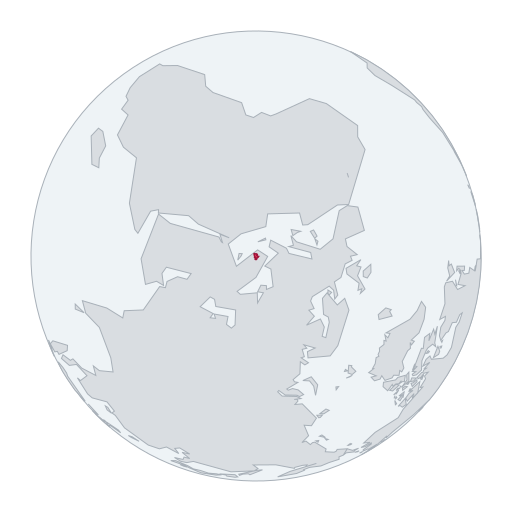 the Earth from above Denizli, rotated 144°
{"feature_id": "TUR-2274", "entity_name": "Denizli", "entity_type": "Province", "adm_level": 1, "iso_a3": "TUR", "parent_name": "Turkey", "parent_adm1": "", "projection": "orthographic", "projection_center": [29.199, 37.681], "detail": "fine", "context": "on_globe", "style": "filled", "palette": "rose", "viewbox_px": 512, "rotation_deg": 144, "n_neighbors": 0, "source": "natural_earth", "source_scale": "10m", "svg_char_len": 11408}
<svg xmlns="http://www.w3.org/2000/svg" viewBox="0 0 512 512"><g transform="rotate(144 256 256)"><circle cx="256" cy="256" r="225" fill="#eef3f6" stroke="#a8b0b8"/><path d="M186.4,41.7L186.7,41.6L194.9,39.2L199.6,37.9L221.8,35.0L249.0,33.4L257.8,32.3L255.7,33.5L272.7,31.9L287.7,33.2L270.6,32.2L268.6,32.6L278.7,33.5L278.9,34.2L283.9,35.2L283.2,36.2L273.2,36.1L272.6,36.9L279.8,37.6L283.6,39.4L273.2,38.2L278.8,41.4L263.3,43.3L236.0,41.6L227.0,45.5L198.1,52.0L200.5,53.1L191.0,57.0L190.2,59.8L185.0,60.8L188.8,62.4L193.7,61.0L196.9,61.4L196.9,63.1L190.4,64.4L189.4,63.7L187.5,65.1L184.2,65.1L185.8,66.1L177.9,67.8L185.6,68.8L179.2,72.4L174.0,72.9L174.8,69.3L164.6,63.3L159.5,63.7L151.6,67.2L136.2,80.9L130.5,83.1L122.6,88.8L125.6,88.8L132.8,84.6L136.4,86.7L144.8,81.8L147.5,82.1L156.1,79.1L154.5,83.6L148.3,89.8L141.1,92.8L138.2,95.8L144.7,96.6L131.2,106.3L121.8,120.3L118.3,122.8L111.9,120.1L112.6,110.4L104.3,109.1L109.3,114.3L100.5,121.1L98.9,124.3L99.2,126.8L102.4,126.1L99.3,129.6L93.2,125.2L95.9,121.9L97.8,123.2L98.1,118.9L93.9,117.0L89.8,121.1L87.9,115.6L84.9,118.7L82.8,119.5L87.7,114.8L78.9,123.5L76.0,121.8L64.0,138.3L76.2,120.6L80.8,114.5L82.5,112.3L93.1,100.4L104.4,89.3L116.6,79.0L129.4,69.6L142.9,61.2L156.9,53.7L171.5,47.2L186.4,41.7ZM38.4,197.6L38.6,197.0L36.4,205.9L34.7,220.3L34.2,221.4L32.4,246.2L34.4,265.6L34.8,276.5L34.2,279.5L35.8,285.8L35.9,289.0L45.7,313.8L53.7,332.1L55.5,342.8L52.7,346.8L59.5,366.0L58.8,364.9L51.0,349.5L44.5,333.5L39.2,317.1L35.1,300.3L32.4,283.2L30.9,266.0L30.8,248.7L32.1,231.5L34.6,214.4L38.4,197.6ZM59.3,146.1L50.4,164.3L52.7,158.9L53.3,157.6L56.0,152.4L59.3,146.1ZM63.4,140.2L64.9,137.3L63.8,139.5L63.4,140.2ZM197.4,38.5L201.6,37.4L195.1,39.1L190.5,40.4L197.4,38.5ZM215.9,34.6L212.9,35.3L209.6,35.6L212.4,35.1L215.9,34.6ZM264.2,31.8L258.8,31.7L264.0,31.6L264.2,31.8ZM284.7,35.2L286.1,35.1L288.1,35.7L284.7,35.2ZM156.4,76.9L156.2,78.0L154.7,78.0L156.4,76.9ZM160.3,74.7L158.6,74.0L160.2,72.8L161.2,73.3L160.3,74.7ZM288.9,37.9L291.6,39.2L287.1,37.8L288.9,37.9ZM161.9,76.0L163.3,71.0L166.1,69.1L172.2,69.5L161.9,76.0ZM292.0,40.0L298.7,43.7L302.5,43.6L295.5,46.4L292.1,42.0L286.0,40.2L290.7,40.7L292.0,40.0ZM195.2,59.9L190.1,61.4L194.4,58.6L195.2,59.9ZM197.2,58.1L205.8,50.1L213.4,49.1L209.0,51.8L218.9,49.7L218.3,53.1L212.8,55.0L208.0,54.9L211.5,56.4L197.2,58.1ZM290.5,47.7L290.6,48.8L288.6,47.7L290.5,47.7ZM198.6,61.3L199.7,59.6L206.3,58.6L205.4,61.9L203.5,61.1L198.6,61.3ZM221.7,47.6L226.5,47.7L227.4,50.4L229.4,50.8L219.0,53.1L221.7,47.6ZM202.0,62.2L204.8,63.6L201.6,65.8L198.0,63.0L202.0,62.2ZM208.4,57.1L211.6,56.8L209.5,58.0L208.4,57.1ZM191.9,74.8L193.0,72.4L196.6,71.6L191.9,74.8ZM206.0,64.0L207.1,63.3L208.6,62.8L209.7,64.2L206.0,64.0ZM220.3,55.0L219.7,56.2L224.6,54.2L225.5,56.4L218.4,57.6L221.8,58.0L222.1,58.8L216.0,59.0L220.3,55.0ZM215.5,64.2L206.7,67.0L203.9,71.4L200.6,72.2L205.8,65.0L215.5,64.2ZM216.3,61.1L215.1,63.1L211.6,62.8L210.4,61.3L216.3,61.1ZM228.6,57.6L229.1,53.8L230.7,53.7L228.6,57.6ZM215.3,65.5L217.4,64.8L215.5,65.8L215.3,65.5ZM225.3,60.0L225.3,58.6L227.0,58.5L225.3,60.0ZM221.7,64.8L218.8,65.6L217.9,64.5L221.7,64.8ZM223.9,62.6L226.3,62.8L219.3,63.6L223.6,62.0L223.9,62.6ZM226.9,60.1L228.0,59.6L226.7,60.7L226.9,60.1ZM226.8,68.8L218.2,70.0L216.2,67.4L224.8,66.5L226.8,68.8ZM109.5,338.0L97.1,301.8L103.7,292.6L105.2,278.0L150.8,243.2L160.1,249.4L195.7,250.9L200.0,253.6L195.5,265.2L221.8,283.2L230.8,274.0L255.0,282.7L271.4,282.0L277.9,259.2L251.1,260.0L246.8,248.8L268.6,238.7L292.1,238.5L291.2,234.2L276.6,225.5L282.3,217.1L271.6,221.9L275.7,226.1L269.2,229.5L265.0,225.9L267.2,222.8L260.2,221.1L251.6,236.7L254.8,242.7L236.3,245.2L240.0,255.7L234.8,260.2L226.8,244.4L227.8,238.7L212.5,220.7L209.7,226.7L224.0,244.4L219.4,242.7L215.8,252.0L214.9,243.7L200.1,223.7L183.6,224.6L162.0,243.8L152.5,243.1L144.8,235.7L153.3,213.0L173.6,217.3L176.8,210.2L173.3,197.6L179.7,200.3L180.8,196.0L188.5,197.2L199.9,188.7L207.8,189.0L212.8,176.3L217.6,174.9L213.3,182.7L214.5,188.6L234.3,190.0L238.3,187.5L239.9,179.3L245.1,181.1L244.2,173.0L255.8,170.3L240.9,167.2L242.5,158.4L249.7,152.1L247.5,148.9L235.7,159.3L233.4,164.1L235.7,169.0L227.1,182.7L220.2,184.4L219.0,168.6L209.1,169.6L212.6,157.6L242.5,135.4L254.7,131.6L273.8,143.0L270.6,148.4L262.2,146.8L269.5,156.1L269.1,151.5L273.5,153.3L276.1,146.1L279.3,147.1L276.3,138.8L280.5,139.2L282.3,144.4L289.7,134.9L298.6,134.2L298.8,131.6L296.4,129.1L309.3,130.3L308.8,128.5L304.4,127.3L300.6,122.9L298.9,115.9L303.4,116.7L304.7,119.3L314.1,126.4L316.6,133.8L318.3,133.4L317.2,127.3L305.7,118.5L303.4,114.2L309.4,117.5L307.0,115.9L307.3,114.0L311.8,113.0L305.5,109.2L302.4,89.3L310.9,86.1L316.5,90.8L319.1,79.7L328.5,78.1L324.4,76.9L322.9,71.5L320.0,71.8L317.9,70.9L312.7,58.7L315.0,56.9L308.2,51.4L306.1,50.9L304.0,51.8L295.5,46.4L302.5,43.6L306.9,44.7L308.3,42.7L318.1,45.9L326.9,48.0L336.9,53.5L343.0,55.1L342.8,54.2L351.0,56.2L368.3,64.6L355.0,61.7L329.1,52.7L339.7,56.4L337.5,57.0L341.4,59.3L348.9,62.2L349.7,61.6L362.7,75.4L381.1,88.6L379.3,82.9L383.7,83.2L403.1,96.1L427.4,126.6L433.5,129.6L437.6,134.2L440.4,140.9L434.6,134.3L432.4,135.6L428.7,131.1L431.2,140.6L426.0,134.7L430.5,145.5L434.8,148.1L434.6,141.6L440.7,154.1L447.5,156.8L454.3,166.4L463.4,194.3L463.5,209.7L464.8,213.7L461.7,213.7L462.3,225.6L471.9,237.5L473.3,243.4L472.1,262.4L471.2,258.4L463.1,258.5L465.0,273.8L471.3,277.2L473.6,287.5L470.2,289.5L467.5,280.7L464.6,280.4L462.9,267.8L455.8,253.5L452.2,262.7L450.1,255.3L439.8,246.2L433.3,259.0L424.7,290.3L427.4,309.8L422.7,321.9L407.3,301.6L400.2,284.2L394.8,289.2L378.9,278.6L351.9,287.9L347.9,283.6L342.9,287.7L331.6,285.3L325.5,277.7L318.8,279.9L335.1,299.6L342.3,297.2L348.1,286.5L351.3,294.0L362.1,298.0L350.6,321.3L310.2,347.2L306.2,332.8L274.8,293.1L275.7,288.0L275.6,287.5L275.2,286.5L272.4,294.8L267.0,286.5L283.9,315.7L286.8,328.2L309.7,348.2L307.6,350.8L314.9,354.2L338.2,343.8L338.4,348.7L327.4,373.1L295.0,405.7L299.3,422.0L296.9,435.4L276.6,445.3L278.4,453.8L267.9,457.2L267.3,461.6L258.9,466.1L244.9,469.6L221.0,468.0L219.5,464.7L207.5,456.2L190.9,432.9L196.9,422.9L194.7,413.5L177.5,388.5L181.3,376.1L176.6,369.5L167.1,368.9L161.8,360.7L156.1,359.1L120.3,351.9L109.5,338.0ZM134.9,265.2L133.5,269.5L134.9,265.2ZM317.1,249.8L331.0,247.8L324.5,234.6L329.4,233.0L325.4,229.3L324.0,233.7L314.2,223.5L320.1,218.0L318.3,212.1L313.5,212.5L304.2,224.3L318.2,238.8L315.0,245.3L317.1,249.8ZM34.7,220.6L34.2,224.4L34.2,222.0L34.7,220.6ZM43.7,185.0L42.8,189.3L43.0,186.5L43.7,185.0ZM49.1,167.5L44.3,182.0L44.9,177.9L48.2,169.0L46.9,172.8L49.1,167.5ZM60.7,144.0L59.4,146.4L58.7,147.5L60.7,144.0ZM62.5,141.8L62.8,141.3L64.1,139.1L62.5,141.8ZM100.9,121.4L101.3,121.8L100.8,124.8L99.5,124.4L100.9,121.4ZM107.9,133.6L102.8,139.1L105.5,134.6L102.7,134.7L105.0,125.9L116.7,123.6L111.0,126.0L107.9,133.6ZM111.3,114.3L108.5,119.6L111.1,113.9L111.3,114.3ZM178.9,172.8L181.3,176.3L178.1,180.8L168.0,181.8L172.6,175.2L178.9,172.8ZM185.5,180.3L187.2,165.2L193.5,164.4L189.7,167.3L193.7,168.3L188.6,173.4L193.0,188.0L190.4,193.1L173.3,191.4L180.3,188.9L177.5,185.4L185.5,180.3ZM180.4,132.7L181.2,127.4L193.8,132.3L191.6,136.7L181.5,137.7L178.1,133.1L180.4,132.7ZM172.3,78.2L171.8,76.8L173.6,76.3L175.5,77.1L172.3,78.2ZM192.1,73.8L176.4,84.1L175.0,82.9L167.5,91.1L160.9,91.2L166.0,85.8L155.3,92.4L157.3,87.6L150.5,92.6L162.5,80.6L163.9,76.9L164.9,80.8L170.9,80.6L173.9,79.5L183.4,73.7L189.2,66.4L196.1,65.6L199.4,66.9L199.1,68.5L194.7,68.5L197.4,70.7L190.8,71.9L192.1,73.8ZM234.1,90.3L229.2,88.4L233.4,95.4L226.9,95.7L227.8,96.5L222.9,98.8L218.5,103.2L215.6,102.6L215.1,104.6L211.9,106.4L210.3,109.0L204.5,109.2L202.1,112.5L200.7,110.7L198.1,116.5L197.4,112.3L193.1,114.6L196.0,117.4L168.6,114.3L157.7,117.1L148.8,122.0L148.9,114.8L157.2,106.0L169.3,98.0L179.8,96.7L178.0,94.0L182.5,92.7L182.1,95.4L185.4,90.5L189.0,90.2L199.7,84.7L202.2,78.5L206.2,76.6L207.0,78.9L210.4,75.4L214.7,78.6L217.6,77.4L224.8,79.6L224.6,85.2L228.0,83.5L233.5,85.4L234.1,90.3ZM228.7,69.6L230.0,75.6L227.1,78.9L215.9,73.7L212.6,74.4L205.3,71.7L209.8,67.2L211.4,68.3L214.1,68.4L211.7,69.7L215.6,68.7L218.0,70.3L221.8,70.0L221.2,72.0L228.7,69.6ZM205.3,249.7L208.7,250.7L214.2,250.8L212.0,256.8L205.3,249.7ZM194.9,236.2L198.1,235.9L197.6,244.0L194.1,243.2L194.9,236.2ZM200.2,229.1L198.3,235.3L197.2,231.5L200.2,229.1ZM216.2,182.1L219.6,181.5L219.8,183.4L217.8,186.2L216.2,182.1ZM245.2,113.1L242.9,111.0L244.0,110.1L243.0,104.0L247.8,103.6L250.3,107.2L245.2,113.1ZM273.2,263.4L268.2,268.0L265.8,266.0L268.0,264.8L273.2,263.4ZM238.5,263.3L246.2,266.4L237.8,264.9L238.5,263.3ZM250.3,111.7L249.3,109.2L252.3,110.6L250.3,111.7ZM251.2,103.1L254.8,104.2L248.2,102.9L251.2,103.1ZM334.9,426.6L318.8,450.0L308.3,452.0L306.7,446.8L312.9,433.4L325.2,427.3L331.3,419.8L334.9,426.6ZM477.6,296.4L475.2,305.9L473.2,310.0L474.2,305.5L477.4,296.2L478.2,293.1L477.6,296.4ZM474.0,305.9L470.2,306.8L461.0,294.5L464.4,290.4L473.2,292.2L472.8,295.6L475.1,296.7L474.0,305.9ZM480.4,275.9L479.1,283.9L478.2,286.6L477.7,279.2L478.0,272.6L479.0,269.5L479.5,239.4L480.3,239.2L480.8,250.5L481.3,253.7L481.0,267.0L480.4,275.5L480.4,275.9ZM428.4,311.1L433.4,319.3L430.5,323.4L428.4,311.1ZM477.5,222.2L478.7,234.9L476.9,220.1L477.5,222.2ZM475.0,210.0L476.0,213.5L475.0,211.9L475.0,210.0ZM466.9,219.0L466.0,223.3L464.9,220.7L465.3,213.7L466.9,219.0ZM459.5,174.8L463.6,182.6L464.8,185.8L462.5,182.7L459.5,174.8ZM289.7,108.3L285.8,116.8L286.1,123.5L291.3,127.7L282.3,125.8L281.8,115.5L289.7,108.3ZM300.4,91.4L295.8,88.3L298.8,87.6L300.3,88.2L300.4,91.4ZM296.9,90.9L289.4,91.1L287.5,88.1L293.8,88.5L296.9,90.9ZM269.8,100.6L268.3,103.1L265.9,101.8L269.8,100.6ZM478.8,222.5L478.5,221.2L479.3,227.2L476.7,211.1L477.2,213.4L478.8,222.5ZM476.9,212.9L477.7,218.4L476.2,209.8L476.9,212.9ZM477.3,217.1L476.2,212.9L476.2,211.0L477.3,217.1ZM476.7,211.4L474.7,203.2L475.6,206.3L476.7,211.4ZM473.3,204.1L475.1,205.9L474.7,210.0L469.6,196.0L469.4,192.5L473.3,204.1ZM440.1,132.0L437.3,129.1L435.7,125.6L438.1,128.5L440.1,132.0ZM427.9,112.9L434.4,123.7L439.1,133.2L439.9,133.0L445.2,140.6L441.3,137.7L434.5,126.6L431.8,120.6L426.9,115.0L422.1,108.3L416.1,103.1L412.5,99.2L417.1,102.2L427.9,112.9ZM413.6,101.2L401.5,91.4L400.6,88.0L403.0,89.3L409.0,95.1L409.1,96.5L413.6,101.2ZM398.3,88.2L398.2,89.6L380.4,81.6L376.4,79.2L389.5,82.6L390.2,84.3L394.8,87.2L398.3,88.2ZM293.0,48.9L290.8,48.8L292.1,48.1L293.0,48.9ZM316.3,71.3L313.7,69.9L315.3,68.9L316.3,71.3ZM307.3,65.6L307.4,67.7L305.4,65.2L307.3,65.6ZM307.9,72.5L306.5,68.3L310.6,72.9L307.9,72.5Z" fill="#d9dde1" stroke="#a8b0b8" stroke-width="1"/><path d="M254.4,254.3L254.6,254.3L254.8,254.2L254.7,254.1L254.9,253.8L255.2,253.7L255.4,253.8L255.5,253.9L255.9,253.8L256.0,253.8L256.3,253.9L256.5,253.9L256.7,253.6L256.9,253.7L257.1,253.6L257.3,253.5L257.3,253.3L257.3,253.1L257.7,253.0L258.1,253.1L258.5,253.6L258.6,254.0L257.7,254.7L257.6,254.8L257.4,254.9L257.4,255.3L257.5,255.3L257.8,255.4L258.0,255.7L257.8,255.9L257.7,255.9L257.6,256.0L257.1,256.4L257.1,256.5L257.1,256.8L257.2,257.0L257.1,257.3L256.8,257.8L256.7,258.0L256.6,258.4L256.4,258.5L256.4,258.8L256.3,259.0L256.2,259.0L255.9,258.9L255.7,258.8L255.6,258.7L255.6,258.4L255.4,258.1L255.2,258.0L255.1,257.9L254.8,257.8L254.7,257.6L254.6,257.4L254.4,257.2L254.2,257.2L254.2,256.9L254.1,256.7L254.1,256.4L254.3,256.3L254.5,256.3L254.7,256.2L254.9,256.0L255.0,256.0L255.1,255.9L255.0,255.7L254.8,255.6L254.7,255.4L254.7,255.2L254.8,255.1L254.7,254.9L254.7,254.7L254.5,254.4L254.4,254.3Z" fill="#f43f5e" stroke="#9f1239" stroke-width="1.5"/></g></svg>